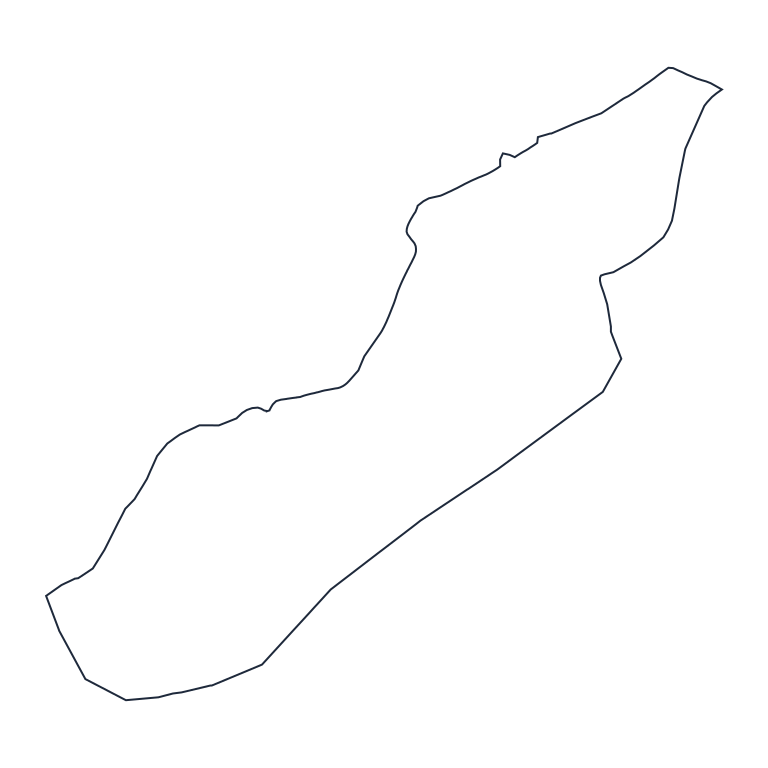 outline of Mukayras, Al Bayda', Yemen
{"feature_id": "15242507B36585433603827", "entity_name": "Mukayras", "entity_type": "district", "adm_level": 2, "iso_a3": "YEM", "parent_name": "Yemen", "parent_adm1": "Al Bayda'", "projection": "natural_earth1", "projection_center": [45.819, 14.026], "detail": "fine", "context": "isolated", "style": "outline", "palette": "slate", "viewbox_px": 768, "rotation_deg": 0, "n_neighbors": 0, "source": "geoboundaries", "source_scale": "gbopen_adm2", "svg_char_len": 3787}
<svg xmlns="http://www.w3.org/2000/svg" viewBox="0 0 768 768"><path d="M721.9,89.5L715.0,85.6L710.7,83.2L706.1,81.4L701.5,80.1L700.7,79.8L696.9,78.6L691.9,76.5L686.9,74.5L682.2,72.2L677.8,70.3L674.0,68.5L673.1,68.1L668.4,67.8L661.9,72.4L659.4,74.2L656.8,76.2L654.3,78.2L651.8,80.0L649.5,81.7L647.3,83.2L645.5,84.4L644.8,84.9L642.7,86.4L640.6,87.9L638.5,89.4L636.3,90.9L633.6,92.8L630.6,94.7L628.4,96.1L626.4,97.1L625.5,97.5L623.3,98.7L601.3,113.3L591.9,116.8L583.3,120.1L575.3,123.2L567.0,126.8L551.4,133.5L550.2,133.5L546.2,134.7L541.3,136.1L537.9,137.1L537.2,142.9L535.5,144.1L535.1,144.4L532.7,146.0L530.3,147.5L528.2,149.0L525.7,150.5L522.9,152.0L520.4,153.5L519.0,154.4L517.4,155.4L514.8,157.2L509.7,154.9L502.9,153.4L500.1,159.5L500.2,166.2L497.8,167.9L495.1,169.6L492.8,171.0L490.6,172.2L488.2,173.5L485.9,174.6L483.6,175.5L481.0,176.6L480.7,176.7L478.6,177.5L476.2,178.6L473.2,179.9L470.8,181.0L468.0,182.4L464.7,184.0L462.5,185.2L460.0,186.5L457.0,188.1L453.8,189.6L453.4,189.8L450.8,191.1L448.3,192.2L446.0,193.3L442.7,194.8L440.5,195.7L428.9,198.3L423.5,201.2L417.7,205.7L417.1,207.7L415.9,210.8L415.4,212.0L414.2,213.7L412.7,216.1L412.4,216.7L411.1,218.8L409.8,221.2L408.5,223.8L407.5,226.3L406.8,228.9L406.6,231.7L407.5,234.3L409.5,236.9L411.1,239.2L412.8,241.2L413.0,241.4L414.5,243.4L415.7,246.2L416.0,249.0L415.9,251.7L415.2,254.4L414.1,257.1L412.9,259.5L411.5,262.4L410.1,265.0L408.8,267.6L408.1,269.0L407.4,270.2L406.6,272.0L405.9,273.3L404.4,276.4L403.2,278.9L401.9,281.7L400.5,284.9L399.4,287.6L398.2,290.5L397.1,293.6L396.2,296.5L396.0,297.2L395.5,298.8L395.4,299.0L394.3,302.3L393.2,305.2L392.1,307.9L391.0,310.7L389.8,313.7L388.6,316.7L387.5,319.2L386.3,322.1L385.0,324.8L383.7,327.5L383.1,328.5L382.1,330.5L380.6,332.9L364.3,356.3L362.3,361.0L358.8,369.4L358.4,370.4L356.2,372.9L355.8,373.3L355.4,373.8L350.9,378.9L349.3,380.7L349.2,380.9L348.8,381.2L347.4,382.7L346.5,383.5L345.3,384.5L343.1,386.0L340.2,387.4L337.9,388.1L335.1,388.5L332.5,389.0L329.4,389.6L327.1,390.0L324.7,390.4L322.2,391.0L319.8,391.7L317.6,392.3L317.2,392.3L314.3,393.1L311.8,393.6L311.3,393.7L309.3,394.2L306.6,394.9L304.1,395.6L301.5,396.5L300.2,397.0L296.7,397.4L296.6,397.5L293.3,397.9L287.0,398.8L286.8,398.9L280.9,399.7L276.2,401.1L274.7,402.5L272.8,404.4L271.2,407.0L269.7,409.8L269.5,410.4L266.8,411.3L266.8,411.0L264.2,410.5L263.7,410.2L261.1,408.7L257.8,407.6L252.2,408.1L246.8,410.0L244.3,411.6L242.2,412.9L238.2,416.7L236.9,418.0L236.5,418.4L232.7,419.9L230.2,420.9L218.8,425.4L216.9,425.4L206.0,425.3L205.8,425.3L200.6,425.3L199.5,425.3L196.4,426.7L195.9,427.0L195.5,427.2L190.1,429.7L188.0,430.7L185.3,431.9L179.9,434.5L175.1,437.8L173.6,438.9L170.4,441.3L167.3,443.5L161.9,450.1L157.1,456.0L151.4,468.8L150.5,470.7L147.0,478.8L142.3,486.6L136.8,495.4L134.6,499.1L129.9,504.0L127.3,506.7L125.3,508.7L121.6,516.0L118.1,522.7L116.4,526.1L116.2,526.5L114.6,529.7L111.6,535.7L107.1,544.7L104.4,550.0L92.8,568.5L78.2,578.2L74.6,578.7L74.4,578.9L69.2,581.4L65.3,583.2L61.4,585.1L46.1,595.9L58.7,629.3L59.2,630.8L77.3,664.2L85.4,679.1L125.9,700.2L158.4,697.3L172.9,693.5L181.6,692.4L210.5,685.5L211.9,685.5L262.0,664.6L292.8,630.9L309.7,612.5L312.5,609.4L314.4,607.3L319.1,602.2L330.7,589.5L356.1,570.0L368.6,560.4L378.1,553.1L383.0,549.4L415.8,524.3L420.5,520.6L467.4,489.4L468.0,489.1L491.8,473.2L497.1,469.7L518.2,454.1L551.2,429.8L573.2,413.6L573.9,413.1L602.8,391.9L621.3,358.8L612.3,335.5L610.9,331.7L610.9,326.5L607.2,304.3L603.8,293.2L600.9,284.9L600.0,280.8L600.0,277.8L600.9,275.6L604.5,274.3L613.4,272.2L623.6,266.4L630.8,262.5L640.3,256.1L654.0,245.4L663.4,237.3L668.1,229.5L672.0,220.6L672.2,219.4L674.4,208.6L679.0,180.2L679.5,177.4L684.9,150.7L685.4,148.6L704.3,105.9L707.1,102.3L712.0,97.0L716.4,93.4L721.9,89.5Z" fill="none" stroke="#1e293b" stroke-width="2"/></svg>